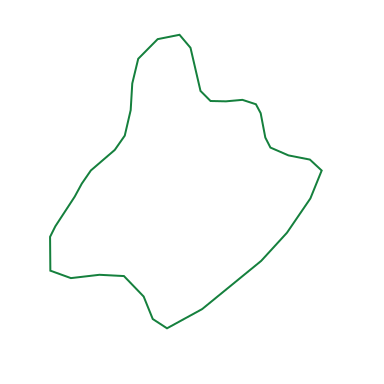 the border of Harari People, rotated 207°
{"feature_id": "ETH-3136", "entity_name": "Harari People", "entity_type": "Administrative State", "adm_level": 1, "iso_a3": "ETH", "parent_name": "Ethiopia", "parent_adm1": "", "projection": "equal_earth", "projection_center": [42.189, 9.287], "detail": "fine", "context": "isolated", "style": "outline", "palette": "green", "viewbox_px": 384, "rotation_deg": 207, "n_neighbors": 0, "source": "natural_earth", "source_scale": "10m", "svg_char_len": 583}
<svg xmlns="http://www.w3.org/2000/svg" viewBox="0 0 384 384"><g transform="rotate(207 192 192)"><path d="M282.5,57.6L298.1,87.6L298.2,99.4L294.4,134.6L294.0,149.4L291.9,165.3L279.9,194.5L277.5,211.7L283.8,237.1L294.5,261.6L300.4,286.3L292.0,312.6L274.5,326.4L258.8,319.8L230.3,285.9L216.8,281.5L202.9,288.2L188.9,297.0L174.9,299.2L166.6,293.4L151.4,273.8L142.3,267.2L122.7,268.4L101.7,274.4L86.2,270.0L83.6,240.0L88.9,198.8L99.1,162.0L129.8,92.3L152.4,59.2L169.3,61.0L187.6,76.9L214.5,86.2L236.9,76.2L260.8,60.3L282.5,57.6Z" fill="none" stroke="#15803d" stroke-width="2"/></g></svg>